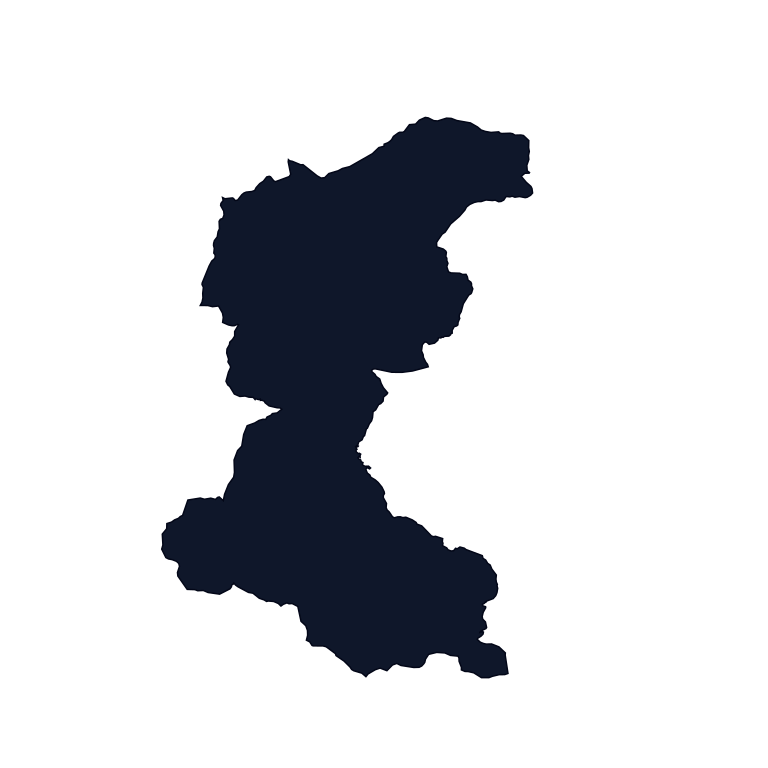 Concepción, Santander, Colombia, rotated 110°
{"feature_id": "7082276B80611154033252", "entity_name": "Concepción", "entity_type": "district", "adm_level": 2, "iso_a3": "COL", "parent_name": "Colombia", "parent_adm1": "Santander", "projection": "albers", "projection_center": [-72.613, 6.801], "detail": "fine", "context": "isolated", "style": "filled", "palette": "ink", "viewbox_px": 768, "rotation_deg": 110, "n_neighbors": 0, "source": "geoboundaries", "source_scale": "gbopen_adm2", "svg_char_len": 6171}
<svg xmlns="http://www.w3.org/2000/svg" viewBox="0 0 768 768"><g transform="rotate(110 384 384)"><path d="M613.6,168.5L597.3,177.4L595.2,178.0L591.7,186.1L591.5,194.0L593.5,199.1L593.8,201.8L593.7,205.1L592.1,209.0L590.9,209.0L587.8,206.6L585.2,205.4L583.1,205.7L582.9,206.6L584.6,208.9L584.0,208.9L582.8,208.3L579.0,204.6L577.7,204.3L572.9,207.3L571.2,210.8L569.0,212.2L564.6,212.7L559.5,211.9L558.5,212.4L558.7,215.1L557.4,216.2L555.9,214.8L554.0,214.3L554.3,213.7L552.7,213.1L548.3,208.0L544.6,206.6L541.4,206.5L537.1,207.3L534.9,208.8L533.6,208.9L531.7,210.7L529.0,212.1L525.1,213.1L521.0,219.4L517.8,222.3L517.1,225.2L514.6,228.3L514.0,231.3L511.7,232.9L511.5,250.3L510.8,252.4L511.2,256.9L513.8,258.8L513.9,260.6L516.9,261.6L518.0,263.9L517.9,267.1L516.5,269.1L515.9,273.7L513.5,274.1L512.1,275.3L509.2,276.0L509.5,283.5L510.5,285.2L510.6,287.4L504.4,300.1L504.4,305.0L503.1,306.5L502.0,311.0L501.7,317.9L503.1,320.6L503.2,323.1L504.2,325.8L506.2,328.5L505.9,330.6L502.4,335.4L501.3,338.0L499.5,339.7L495.4,340.8L491.0,345.8L489.0,346.5L486.8,346.1L485.2,347.0L481.6,350.7L478.5,355.9L477.1,359.5L476.1,364.6L474.4,366.1L473.4,369.2L470.6,371.8L468.4,371.6L468.7,368.5L467.5,367.9L466.5,370.4L467.8,373.7L467.6,375.7L467.0,376.7L465.0,376.9L464.9,378.7L463.3,380.0L463.0,382.4L462.2,383.2L460.9,382.8L461.1,381.3L459.6,382.0L457.9,381.9L457.5,383.5L458.2,384.5L457.2,386.9L456.3,387.4L455.4,387.7L454.6,387.1L453.4,388.6L452.8,388.6L451.8,387.1L451.1,386.9L450.9,387.7L451.4,388.6L449.9,387.8L447.1,388.0L443.9,385.5L440.4,385.4L439.2,384.6L432.3,385.2L431.2,384.5L426.5,384.2L422.8,383.1L419.5,383.3L413.8,384.8L411.2,383.0L405.1,382.0L403.6,380.4L400.4,379.0L396.4,380.0L392.7,377.8L391.1,377.5L387.7,383.3L384.4,386.9L380.8,389.7L379.6,393.9L378.0,395.8L376.5,399.7L375.2,400.2L373.5,399.1L372.7,397.2L370.3,380.7L366.9,371.1L362.0,361.6L352.7,348.3L350.6,349.9L349.3,352.1L345.6,356.0L343.0,357.3L340.0,360.1L334.0,361.4L330.6,360.1L330.1,358.1L331.3,355.2L328.3,350.5L324.5,348.4L322.0,348.6L321.2,346.2L320.2,345.9L319.9,344.4L318.5,343.4L316.8,339.4L315.0,338.3L314.0,338.4L312.9,337.3L310.3,338.3L306.2,337.7L304.6,335.6L303.2,334.8L300.6,335.5L296.3,335.3L295.4,336.2L293.0,336.8L289.8,336.2L281.5,336.9L271.5,334.8L269.3,333.1L268.1,332.9L264.2,333.1L261.7,335.4L259.9,336.0L258.6,337.2L257.6,340.6L254.8,342.3L252.9,344.4L254.2,347.7L254.0,350.7L256.7,359.0L256.5,361.8L252.3,365.1L248.7,365.2L246.6,367.1L244.3,368.0L243.1,369.5L239.0,370.4L238.0,371.4L236.9,374.4L237.1,381.3L233.1,383.0L230.9,382.6L223.3,380.6L220.4,378.5L210.8,376.1L200.7,370.5L193.0,367.5L189.5,367.0L185.9,364.8L182.4,361.2L180.5,358.2L179.4,355.2L176.2,351.1L174.5,344.8L173.2,342.4L173.5,338.6L172.4,336.4L170.2,334.4L166.5,333.5L165.9,332.9L165.1,329.7L163.7,327.8L163.7,324.9L161.5,320.8L160.6,315.1L159.6,313.4L156.5,310.8L153.7,309.7L149.7,311.8L148.1,313.5L145.8,319.3L141.9,326.1L137.8,323.7L136.2,319.7L135.5,319.6L134.7,322.3L129.6,324.6L123.5,324.7L119.9,326.4L115.8,327.0L112.5,328.9L105.7,331.2L102.8,337.9L103.2,340.5L105.4,346.1L104.8,348.7L105.2,351.2L108.4,359.2L108.5,361.1L107.8,362.4L111.0,369.5L112.0,375.2L112.1,379.6L110.5,384.0L109.1,392.1L111.5,405.7L111.4,411.6L112.8,416.2L118.5,423.6L119.5,427.3L118.8,433.5L119.4,436.4L123.9,441.0L129.0,443.2L131.6,448.8L139.8,451.3L141.0,452.4L142.1,455.4L143.2,456.5L148.1,459.8L151.8,460.4L154.2,461.6L156.1,463.0L158.6,465.9L160.6,465.3L163.6,469.7L171.6,473.7L191.4,490.5L195.7,496.8L199.3,500.0L205.1,507.8L210.4,510.3L212.0,513.6L211.3,517.9L205.6,535.1L206.5,537.3L206.1,546.3L206.5,549.0L205.9,550.5L208.0,550.0L218.8,543.4L221.5,544.0L231.0,555.2L230.8,557.1L228.1,561.5L228.1,562.9L229.5,565.0L234.7,566.7L238.2,569.3L243.2,571.3L246.4,571.7L248.3,574.0L250.8,579.1L252.4,580.9L254.7,582.3L261.4,584.5L262.5,586.7L261.1,588.9L261.0,590.1L264.3,596.8L264.0,599.5L266.6,597.9L270.0,599.0L272.1,598.6L276.4,593.7L279.9,592.1L283.6,592.2L285.2,594.1L287.5,594.6L294.5,591.7L297.6,592.0L302.8,591.0L307.2,592.4L310.0,592.2L312.1,591.6L314.5,589.9L319.2,588.7L320.3,586.9L322.6,586.0L324.3,586.2L327.4,587.9L332.9,588.7L351.3,589.4L352.8,589.0L354.9,586.8L361.0,585.3L365.0,583.6L369.3,583.0L373.0,583.5L370.5,576.4L370.0,571.6L367.3,566.2L372.5,560.1L376.4,557.8L381.3,556.7L381.7,550.3L381.2,546.7L380.4,544.6L378.0,542.0L378.1,540.9L385.7,542.3L390.1,540.7L394.0,541.6L397.4,543.2L400.0,542.7L404.8,543.5L408.7,542.4L413.9,538.5L416.6,538.2L419.5,534.6L421.1,533.8L426.1,534.2L435.5,533.4L438.3,530.5L439.1,528.1L444.6,521.2L445.0,515.2L442.8,510.4L442.6,506.6L441.3,502.3L442.7,499.8L441.7,499.6L441.6,496.7L440.5,495.1L441.7,494.6L441.0,493.1L441.1,490.6L442.3,489.3L443.9,484.5L442.9,476.4L442.0,473.4L442.6,471.4L447.7,474.5L450.0,478.8L452.1,479.6L455.0,482.6L457.7,483.0L458.5,485.6L460.9,488.9L464.9,492.2L470.0,498.3L479.4,498.6L491.1,496.4L496.6,498.8L506.7,498.9L518.2,494.3L523.0,493.4L531.7,495.8L542.2,496.1L548.6,495.1L546.5,500.2L547.5,501.6L550.1,502.9L550.5,507.7L553.7,513.3L554.0,517.6L560.1,528.6L576.4,528.3L578.2,530.1L580.5,531.2L583.3,534.3L586.4,536.4L589.4,540.3L594.3,538.7L600.9,541.0L610.9,536.7L615.2,536.4L621.7,529.6L622.1,526.7L621.5,523.0L621.6,518.4L622.8,515.5L625.3,513.8L631.8,513.6L635.0,512.0L644.3,498.7L641.9,491.3L642.0,488.4L639.8,483.1L640.1,478.0L637.7,466.6L629.2,458.7L626.7,458.0L624.9,458.4L623.8,457.3L622.3,457.1L623.7,454.8L624.5,451.9L626.2,440.1L625.4,435.6L628.0,427.9L627.9,422.7L628.5,420.0L627.5,418.5L626.1,413.3L626.4,408.2L627.9,404.9L625.5,403.3L622.9,400.4L623.0,398.1L621.7,395.2L622.5,388.9L635.4,380.8L637.9,374.8L641.8,371.6L646.3,369.8L651.3,369.3L651.7,365.6L654.3,362.2L654.3,361.0L651.0,351.8L650.7,348.5L654.0,337.4L655.6,336.2L658.0,326.9L661.6,319.1L663.3,316.8L663.8,314.3L663.3,305.9L665.2,300.9L661.9,299.8L655.4,294.4L652.3,290.5L652.4,283.2L645.1,279.9L642.2,276.4L642.7,271.8L640.2,259.1L638.2,254.1L636.1,252.1L633.5,251.0L631.6,250.5L628.4,250.9L622.8,249.6L618.2,242.7L615.9,234.8L616.3,228.7L614.4,221.3L615.9,219.8L618.9,218.6L623.8,214.3L626.2,213.5L626.4,209.6L625.4,206.5L624.7,200.9L626.6,192.0L624.0,184.9L621.6,182.2L617.7,176.3L615.8,171.2L613.6,168.5Z" fill="#0f172a" stroke="#020617" stroke-width="1.5"/></g></svg>